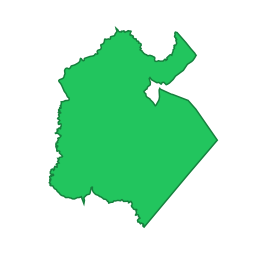 the district of Kibwezi West, Eastern, Kenya, rotated 261°
{"feature_id": "3690345B25425189689724", "entity_name": "Kibwezi West", "entity_type": "district", "adm_level": 2, "iso_a3": "KEN", "parent_name": "Kenya", "parent_adm1": "Eastern", "projection": "orthographic", "projection_center": [37.912, -2.311], "detail": "fine", "context": "isolated", "style": "filled", "palette": "green", "viewbox_px": 256, "rotation_deg": 261, "n_neighbors": 0, "source": "geoboundaries", "source_scale": "gbopen_adm2", "svg_char_len": 5784}
<svg xmlns="http://www.w3.org/2000/svg" viewBox="0 0 256 256"><g transform="rotate(261 128 128)"><path d="M27.6,128.4L72.9,180.3L102.0,214.3L136.0,197.9L145.8,191.7L154.2,177.2L154.5,176.2L161.3,166.0L162.1,165.6L161.1,164.9L160.0,164.6L153.9,164.0L151.4,163.2L150.1,162.4L146.2,159.3L145.7,158.4L149.4,156.7L152.4,154.5L153.4,154.1L155.4,151.7L156.7,150.9L159.1,150.9L159.9,150.1L161.4,149.4L162.1,149.9L162.5,150.8L163.3,151.5L163.5,152.7L165.5,153.8L166.2,154.8L166.6,155.9L167.2,156.7L169.8,157.3L170.6,157.0L173.6,156.7L174.4,157.6L171.8,159.0L168.2,163.6L168.2,165.3L167.7,166.2L166.4,167.2L166.2,167.8L167.6,168.9L167.5,170.6L164.8,172.5L165.1,173.9L166.0,176.0L168.9,180.2L171.8,183.0L176.3,191.7L181.6,196.6L183.7,201.3L184.9,203.0L186.8,204.8L189.2,206.7L189.5,206.3L191.3,205.7L196.7,202.3L203.2,198.6L214.6,191.4L215.3,189.8L214.4,189.1L212.5,189.1L211.4,188.3L210.2,188.6L209.7,189.3L208.9,189.1L208.0,189.9L207.4,189.7L207.1,189.4L207.2,189.1L206.9,189.0L204.2,189.4L202.7,188.4L202.4,187.7L202.6,187.0L202.3,186.4L201.3,186.7L200.7,186.0L200.0,186.3L199.3,186.3L198.3,184.9L196.6,184.5L194.5,183.2L193.0,182.6L193.7,181.8L193.6,180.8L191.3,177.4L190.9,177.3L190.0,177.6L189.6,177.4L188.9,176.1L189.8,175.9L190.2,175.4L188.6,172.9L189.0,170.1L189.7,168.7L189.3,167.2L189.4,165.9L189.9,165.1L190.4,165.0L191.5,164.9L192.9,165.5L193.8,165.2L193.8,164.9L195.2,163.3L196.2,161.4L196.4,160.4L196.2,159.4L196.4,158.6L197.3,157.9L198.4,156.1L199.5,155.1L200.2,154.8L201.3,153.9L202.2,153.8L202.9,152.4L203.4,152.2L204.4,153.4L204.8,153.3L205.5,152.5L207.2,153.4L207.7,154.0L209.0,154.0L210.0,152.9L210.3,151.8L211.2,152.1L211.6,152.0L212.3,151.4L212.1,150.9L212.5,150.4L214.1,149.8L214.5,150.0L214.9,149.7L214.8,148.8L215.8,147.7L216.8,147.0L217.4,147.5L218.2,147.3L218.5,146.6L219.0,146.2L218.8,145.9L218.9,145.5L219.4,145.4L219.5,144.7L220.1,144.6L221.7,145.3L222.0,145.6L222.4,145.6L222.7,145.9L223.0,145.5L223.2,145.8L223.5,145.2L223.3,144.9L224.0,143.8L224.0,143.1L223.4,143.0L223.5,141.2L223.0,140.1L223.5,139.4L224.3,139.4L224.6,139.1L224.4,138.2L224.6,136.7L223.9,136.4L224.4,134.4L225.1,133.8L226.5,133.3L228.4,131.8L227.1,131.9L226.3,132.3L225.0,132.1L223.1,130.2L221.4,129.2L221.2,128.6L220.9,125.3L220.4,124.8L219.3,124.7L218.6,124.3L218.6,123.5L219.0,122.8L218.9,120.4L219.5,119.2L219.2,118.8L216.5,117.9L215.7,117.3L215.1,116.5L214.7,115.6L214.6,114.5L214.2,114.1L211.7,114.2L210.8,113.9L210.3,113.5L209.8,112.7L209.6,110.7L209.0,109.8L208.0,109.4L206.6,109.9L206.0,109.7L205.9,109.0L206.3,107.4L204.9,105.9L204.6,104.3L204.6,101.7L203.6,96.1L203.1,95.6L201.7,95.3L201.4,94.6L201.8,93.6L203.6,92.8L204.1,92.2L203.6,91.6L202.1,91.2L201.0,90.5L199.8,88.5L198.6,85.1L198.2,82.0L198.0,81.5L196.7,80.6L195.8,79.4L195.9,78.6L196.7,77.1L196.6,76.1L195.9,75.1L194.5,74.3L191.6,74.3L190.0,73.4L188.2,72.6L187.5,71.9L187.0,70.8L186.4,67.9L185.8,67.1L184.7,67.1L182.3,68.5L180.4,69.2L174.2,70.8L171.6,72.2L168.3,73.1L167.0,74.3L165.6,74.5L165.0,74.1L164.6,73.3L164.9,70.2L164.5,69.5L164.2,67.8L164.3,66.1L162.9,66.1L162.0,65.6L161.2,65.6L160.5,64.6L159.5,65.1L158.1,64.8L158.0,64.3L158.6,63.7L157.4,63.2L156.8,62.3L156.2,62.3L155.6,63.3L155.3,63.3L154.8,62.1L154.3,61.6L154.0,61.7L153.7,62.1L153.8,62.5L154.1,62.6L154.1,62.9L153.8,63.8L153.5,63.9L153.1,62.7L152.1,61.6L151.7,61.4L151.1,61.9L150.3,62.0L149.8,61.7L148.5,60.0L147.9,60.2L147.0,61.4L145.9,61.8L144.7,60.0L143.1,59.9L142.7,59.9L142.3,60.4L142.8,61.9L142.7,62.3L141.9,62.5L140.2,62.3L139.2,61.2L138.6,61.5L137.9,61.2L138.7,59.8L138.0,59.0L137.9,57.9L137.0,57.6L136.3,58.3L136.0,58.1L134.5,56.2L134.3,55.5L133.9,55.7L134.0,56.6L133.4,58.3L132.0,59.2L131.4,59.8L131.4,60.4L130.9,60.6L130.4,60.4L128.9,58.6L129.1,57.8L128.8,57.1L128.5,57.0L127.9,57.3L127.2,57.3L126.7,57.1L125.7,55.9L125.3,55.9L124.6,56.2L124.3,54.6L123.6,54.5L123.3,54.2L122.4,54.4L121.5,53.9L121.0,54.3L121.6,55.3L121.1,55.8L120.3,55.4L120.2,54.0L118.2,54.4L116.6,54.1L116.1,54.4L116.3,55.8L115.6,56.9L115.3,56.9L114.2,56.3L111.4,58.4L110.1,58.8L109.8,58.4L109.6,55.7L108.6,55.0L108.9,53.9L108.2,54.1L108.0,54.9L107.4,54.7L107.2,54.3L106.6,54.0L106.1,53.3L104.3,54.3L104.3,53.4L103.7,51.8L103.3,51.5L103.0,51.7L103.0,52.3L100.5,51.9L100.6,51.0L101.4,50.6L101.5,49.8L100.1,48.8L99.6,48.7L98.9,49.0L98.1,48.3L97.9,47.9L98.7,47.8L99.3,47.0L99.0,45.8L98.7,45.5L98.4,45.7L96.9,44.4L95.2,44.2L94.3,45.1L94.0,46.9L93.2,47.2L92.8,46.8L93.4,45.8L93.2,45.5L92.6,45.5L92.2,44.8L93.0,44.2L92.1,43.0L90.9,43.1L90.1,43.6L89.6,42.9L88.8,42.5L88.5,42.6L88.6,43.4L88.0,43.1L86.3,41.7L86.0,41.8L85.4,42.6L84.7,42.9L84.1,42.1L83.6,42.1L83.1,42.6L82.7,44.3L82.2,44.9L81.0,45.2L79.6,45.9L78.3,47.6L76.4,48.3L74.9,49.6L72.7,50.9L72.1,51.5L71.3,52.6L71.1,53.6L69.0,55.6L68.7,58.5L68.0,59.7L67.7,60.9L66.9,61.7L66.6,62.4L66.3,64.1L67.2,67.1L66.9,68.9L67.2,69.7L67.1,70.4L67.4,70.7L67.5,71.1L60.2,72.6L63.4,73.7L65.4,73.5L66.2,73.7L68.4,76.7L68.7,79.4L69.0,79.9L69.8,80.4L74.9,82.3L75.3,83.3L75.1,83.6L73.1,83.2L72.0,83.2L70.3,83.7L68.5,84.8L67.3,85.9L66.2,88.0L65.3,88.7L65.2,89.2L64.5,89.6L64.3,90.4L62.3,92.4L61.7,92.7L61.0,94.8L60.1,95.7L58.8,96.3L58.5,97.0L56.9,97.2L57.0,98.4L57.3,98.8L57.1,101.4L58.3,102.9L57.9,103.9L58.1,106.7L57.3,109.2L57.3,109.5L58.1,110.2L58.2,110.8L57.4,111.5L56.2,112.1L55.7,115.8L55.8,116.4L54.8,117.0L54.1,116.9L54.3,118.0L55.1,118.6L55.0,119.5L52.9,120.3L51.4,119.9L50.7,119.2L49.5,119.4L48.8,120.1L47.2,120.7L46.9,121.0L46.2,122.4L46.4,123.1L46.1,123.8L45.3,123.6L44.9,123.0L42.6,123.1L40.9,121.8L40.6,122.1L41.0,123.3L40.6,124.5L40.2,124.7L38.7,124.5L38.0,125.4L37.3,125.6L36.9,125.6L36.6,124.3L35.6,123.1L34.9,122.9L33.5,123.2L33.5,124.0L32.8,124.7L31.7,125.1L31.4,125.5L32.0,126.2L31.9,126.6L30.6,128.2L30.2,128.3L29.8,127.5L29.5,127.5L29.0,128.2L28.4,127.6L27.6,128.4Z" fill="#22c55e" stroke="#15803d" stroke-width="1.5"/></g></svg>